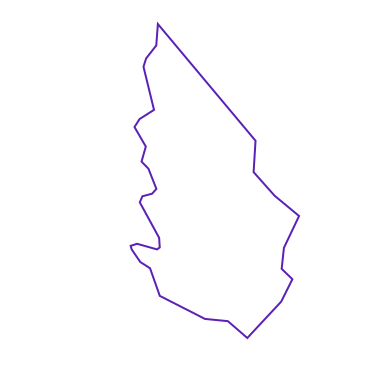 the Metropolitan Borough of Sheffield, rotated 44°
{"feature_id": "GBR-5687", "entity_name": "Sheffield", "entity_type": "Metropolitan Borough", "adm_level": 1, "iso_a3": "GBR", "parent_name": "United Kingdom", "parent_adm1": "", "projection": "natural_earth1", "projection_center": [-1.595, 53.403], "detail": "fine", "context": "isolated", "style": "outline", "palette": "violet", "viewbox_px": 384, "rotation_deg": 44, "n_neighbors": 0, "source": "natural_earth", "source_scale": "10m", "svg_char_len": 580}
<svg xmlns="http://www.w3.org/2000/svg" viewBox="0 0 384 384"><g transform="rotate(44 192 192)"><path d="M333.2,258.6L307.5,260.0L289.5,274.3L241.0,289.1L214.8,276.0L203.5,278.3L188.5,275.2L185.3,273.3L188.5,267.4L206.7,257.6L207.3,254.3L200.2,247.8L161.6,235.7L159.3,229.5L164.5,220.9L164.2,214.5L144.5,205.5L134.6,205.2L127.2,191.4L105.5,185.2L103.6,175.9L107.6,159.3L70.1,135.6L66.2,127.8L64.5,111.4L50.8,94.9L202.1,111.0L222.5,134.9L254.1,137.3L285.7,134.9L296.9,168.3L309.9,185.0L324.8,185.0L332.3,208.8L333.2,258.6Z" fill="none" stroke="#5b21b6" stroke-width="2"/></g></svg>